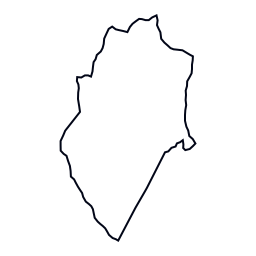 the district of Terra Nova, Bahia, Brazil
{"feature_id": "56859067B99901610018599", "entity_name": "Terra Nova", "entity_type": "district", "adm_level": 2, "iso_a3": "BRA", "parent_name": "Brazil", "parent_adm1": "Bahia", "projection": "equal_earth", "projection_center": [-38.599, -12.402], "detail": "fine", "context": "isolated", "style": "outline", "palette": "ink", "viewbox_px": 256, "rotation_deg": 0, "n_neighbors": 0, "source": "geoboundaries", "source_scale": "gbopen_adm2", "svg_char_len": 1443}
<svg xmlns="http://www.w3.org/2000/svg" viewBox="0 0 256 256"><path d="M94.7,217.8L97.7,221.6L100.2,223.9L102.8,226.0L105.2,228.3L107.0,231.3L109.0,234.9L112.6,238.0L115.8,239.2L118.2,240.6L135.5,207.7L145.1,191.1L146.9,187.9L165.0,152.3L168.3,151.4L171.5,147.8L175.6,146.5L176.9,143.4L180.1,142.2L182.8,140.2L183.4,144.4L183.2,148.0L185.3,150.1L189.7,149.0L192.9,146.1L195.4,143.5L192.8,139.1L189.3,136.0L188.2,130.5L186.4,126.7L185.0,120.8L185.0,115.0L185.3,110.3L186.2,105.1L185.6,100.0L186.0,95.0L185.7,90.6L187.0,86.1L187.2,81.3L189.7,76.9L191.6,73.3L192.0,69.1L192.0,64.7L192.7,60.3L192.9,56.3L190.0,54.8L186.8,52.9L182.5,50.3L177.4,49.7L173.6,49.3L170.5,48.1L167.6,45.4L164.4,42.6L161.2,38.8L160.4,32.3L158.4,28.3L157.0,25.1L157.6,20.3L156.5,15.4L152.2,17.4L148.8,20.1L145.4,20.1L141.9,19.1L139.1,18.9L135.9,21.2L132.6,23.7L129.9,27.0L127.4,32.1L123.1,31.0L118.9,30.1L115.7,29.3L112.2,26.6L108.7,28.9L106.4,33.8L104.2,38.6L103.7,44.0L102.6,48.1L100.8,51.5L96.8,55.0L95.6,59.2L93.6,62.1L93.0,66.6L92.5,71.4L91.0,76.6L88.1,75.4L84.9,75.4L81.3,77.5L77.2,77.1L76.9,81.1L78.4,84.5L78.8,88.3L78.2,92.5L78.0,99.0L79.2,106.3L80.0,111.9L65.2,130.7L63.2,135.5L60.6,141.0L60.6,145.6L60.7,150.7L63.7,153.9L66.5,155.8L68.1,161.0L69.9,165.9L70.6,170.9L70.9,176.6L74.1,179.4L75.7,182.6L77.9,186.6L80.0,189.9L82.1,193.0L83.2,197.0L85.8,201.6L89.0,204.1L91.3,206.2L92.9,209.2L93.6,212.6L94.7,217.8Z" fill="none" stroke="#020617" stroke-width="2"/></svg>